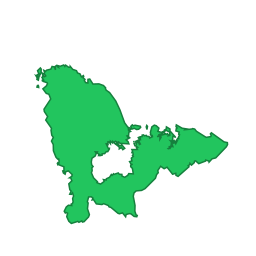 the district of Sorsogon, Sorsogon, Philippines, rotated 160°
{"feature_id": "2640588B8238689001419", "entity_name": "Sorsogon", "entity_type": "district", "adm_level": 2, "iso_a3": "PHL", "parent_name": "Philippines", "parent_adm1": "Sorsogon", "projection": "natural_earth1", "projection_center": [123.949, 12.823], "detail": "fine", "context": "isolated", "style": "filled", "palette": "green", "viewbox_px": 256, "rotation_deg": 160, "n_neighbors": 0, "source": "geoboundaries", "source_scale": "gbopen_adm2", "svg_char_len": 5890}
<svg xmlns="http://www.w3.org/2000/svg" viewBox="0 0 256 256"><g transform="rotate(160 128 128)"><path d="M39.6,80.3L42.5,82.1L51.3,95.0L52.6,94.3L52.4,92.6L53.2,91.6L57.8,92.5L64.8,101.5L65.7,104.2L67.6,105.4L68.3,105.2L75.3,107.0L74.7,107.4L73.1,106.5L71.4,106.1L77.2,109.3L81.5,114.4L82.4,112.9L81.8,111.2L82.7,111.1L84.0,108.9L81.3,106.7L82.5,104.8L81.9,104.0L84.0,101.8L84.0,100.7L85.1,101.1L87.4,99.2L88.6,99.5L88.1,98.1L86.9,98.4L88.5,96.9L88.5,98.1L89.8,98.1L88.9,100.5L90.5,100.8L91.2,98.5L92.1,98.5L92.2,95.1L93.6,95.9L96.1,94.0L95.6,95.1L97.1,94.7L97.3,94.9L95.2,95.4L95.4,96.3L94.3,96.0L92.9,97.8L92.0,100.2L92.5,101.4L91.8,100.9L90.0,101.8L88.7,104.8L87.1,103.9L86.7,102.7L86.6,103.4L89.6,111.0L88.9,112.7L91.5,115.9L92.5,113.9L94.5,113.6L95.0,112.2L93.1,112.8L90.2,109.9L91.3,106.7L93.0,107.0L92.3,107.8L92.9,109.2L93.9,108.8L95.4,110.7L95.3,109.5L99.9,109.9L100.1,107.9L101.9,106.5L100.8,109.3L103.6,110.0L101.7,110.1L101.2,111.7L101.0,110.3L99.9,111.2L99.3,110.3L98.0,111.4L97.3,110.8L95.8,112.7L98.1,112.5L101.1,114.6L99.0,117.3L100.7,120.5L102.3,121.7L105.2,120.9L108.5,116.2L109.0,112.6L108.6,112.1L108.8,113.1L108.1,112.5L107.7,113.3L108.0,111.4L111.0,111.2L111.1,112.8L113.1,113.7L113.3,114.8L115.4,115.1L115.7,116.2L117.1,116.5L117.7,115.1L119.6,115.6L120.3,112.7L121.5,112.9L122.3,111.3L121.9,108.7L122.9,108.6L122.7,109.8L123.9,111.2L123.0,113.0L125.3,112.8L125.6,110.0L127.0,108.6L125.6,106.7L126.7,106.8L126.5,104.6L131.7,106.4L131.6,104.9L132.7,103.6L131.9,103.4L132.2,101.2L133.2,100.7L132.7,99.5L135.2,98.5L135.6,95.7L138.0,95.9L137.4,92.5L136.0,92.5L138.2,92.1L138.7,90.7L137.7,88.6L138.7,83.1L142.9,84.9L144.4,83.6L147.9,82.8L150.1,84.9L149.6,86.5L152.0,87.5L152.5,89.1L157.1,89.2L157.3,89.9L159.2,88.9L159.6,90.0L162.2,88.0L165.7,87.7L166.3,86.6L168.7,87.9L168.5,86.2L169.3,85.7L173.0,84.7L175.9,87.3L175.1,88.0L177.4,92.9L177.7,98.4L176.3,100.1L175.5,103.0L174.0,103.7L174.7,105.9L174.1,108.6L172.2,111.9L168.4,112.9L166.5,115.0L166.9,116.8L164.9,116.0L165.7,115.3L164.5,113.6L165.0,112.4L163.1,113.0L164.1,112.1L164.0,111.6L161.6,111.3L161.1,112.6L158.7,111.9L156.5,113.2L155.1,112.7L152.7,114.6L152.5,115.1L153.4,114.9L153.9,120.6L153.0,120.4L152.6,118.5L151.7,121.8L150.7,121.6L149.9,119.2L149.0,121.7L147.6,119.3L146.9,120.6L145.8,118.2L145.4,119.6L144.3,119.9L142.5,117.8L141.6,118.2L140.7,116.3L132.6,112.8L132.6,115.2L133.8,117.5L129.7,118.2L130.3,119.4L131.2,119.1L131.7,120.9L130.0,120.8L128.6,123.8L126.9,123.9L128.3,125.6L128.0,126.8L127.1,125.1L125.5,126.6L127.9,128.9L129.4,134.0L129.4,147.7L130.3,157.6L133.1,167.4L135.6,171.1L135.6,173.5L136.1,173.5L135.4,173.7L136.5,176.3L140.2,179.4L145.9,181.3L147.2,187.1L149.0,187.4L150.3,184.0L152.3,185.1L152.8,187.5L151.8,188.4L153.1,190.6L152.0,191.5L152.0,192.5L154.3,192.0L154.6,195.3L156.6,197.0L156.8,199.5L159.9,202.0L161.2,205.7L161.5,204.9L163.0,205.4L165.1,208.4L166.3,207.4L166.8,209.2L170.6,209.2L172.7,210.7L172.6,208.7L172.8,208.9L172.9,208.5L173.0,208.4L172.8,209.1L173.7,211.2L175.3,210.8L176.3,207.4L176.4,210.7L178.3,211.8L180.4,209.7L184.7,210.2L186.0,209.5L187.3,210.9L187.4,208.6L188.3,207.9L187.5,205.6L188.2,205.4L187.9,205.3L187.7,205.0L187.7,204.9L189.4,204.8L189.6,206.2L191.6,204.9L190.8,201.8L191.4,200.5L188.6,198.3L188.5,197.2L190.3,195.5L194.6,193.9L193.0,188.5L190.8,186.8L190.7,181.7L200.5,174.4L201.0,172.1L199.6,166.2L202.6,163.6L200.0,153.9L201.1,152.2L202.1,147.3L201.4,144.7L204.4,141.9L203.9,138.0L205.9,132.1L205.7,125.3L204.8,123.0L204.4,122.5L204.3,122.9L203.7,122.7L204.1,120.4L205.8,117.3L201.5,113.5L202.7,109.9L204.0,110.0L204.1,107.8L202.9,106.1L202.1,107.2L202.8,108.2L198.7,108.1L196.4,103.4L197.2,101.9L199.9,101.2L198.9,100.8L198.8,97.6L202.7,95.8L203.8,89.9L203.0,88.2L205.4,85.7L203.8,85.0L202.3,86.0L202.4,82.7L204.2,80.6L204.8,77.5L206.1,76.0L207.4,75.9L207.4,74.4L210.4,75.8L213.0,74.9L216.4,71.6L216.0,69.6L215.2,69.9L213.9,68.6L215.9,65.6L215.5,60.6L213.9,57.7L207.1,57.4L206.4,56.2L203.2,56.5L203.0,55.2L201.3,55.0L195.5,57.9L193.9,59.8L193.7,66.0L191.1,71.2L191.5,72.5L188.6,76.7L186.0,75.9L184.9,74.1L186.3,72.7L184.9,72.5L183.7,67.5L178.7,65.0L176.7,65.2L173.0,61.9L172.8,60.4L171.2,59.2L166.6,51.3L165.4,50.3L162.2,50.1L160.6,45.4L159.3,47.4L156.1,47.1L154.6,46.3L152.5,42.8L150.1,41.6L149.2,42.7L150.1,43.5L150.0,47.5L147.9,52.8L146.4,62.0L144.6,64.9L141.8,66.1L136.6,64.7L132.7,65.2L119.4,71.4L117.0,74.5L114.9,75.6L114.6,77.8L110.4,80.9L108.0,77.4L104.7,77.8L101.9,69.3L98.6,69.1L99.1,67.1L97.5,65.4L84.0,70.7L84.3,72.1L82.7,72.3L81.9,73.6L81.0,71.4L77.5,72.8L76.8,74.1L75.7,74.0L73.7,70.3L66.5,70.4L66.0,71.3L63.3,69.3L63.5,68.2L59.5,70.3L55.8,69.9L42.0,76.7L40.1,78.4L39.6,80.3ZM118.4,123.2L115.9,124.2L115.8,125.4L120.4,128.2L122.3,128.3L122.9,129.5L124.8,128.6L124.7,125.6L122.2,125.6L120.4,123.6L118.4,123.2ZM195.1,207.0L193.1,207.2L193.5,208.8L192.8,209.6L191.9,208.5L190.9,209.3L189.4,213.1L189.8,214.4L193.4,212.8L193.3,209.3L195.5,208.9L195.1,207.0ZM140.3,109.4L138.0,110.0L139.7,114.6L140.7,113.7L142.6,115.2L143.7,114.8L142.7,112.7L143.3,111.4L140.9,111.8L140.3,109.4ZM195.9,203.6L194.4,206.1L195.5,206.3L195.9,207.7L196.6,208.5L196.2,206.2L197.0,204.8L195.9,203.6ZM199.6,197.6L198.1,196.6L198.0,197.0L198.1,197.3L197.7,197.8L197.8,198.8L198.6,198.9L199.6,197.6ZM144.3,115.7L142.6,116.4L142.8,117.2L143.9,116.5L143.9,117.7L145.3,117.6L144.3,115.7ZM109.5,124.0L110.5,122.8L110.7,120.1L109.1,122.9L109.5,124.0ZM206.5,117.6L205.4,118.1L205.9,119.3L206.5,118.9L206.5,117.6ZM189.9,207.4L189.0,207.6L189.6,208.6L189.9,207.4ZM127.6,111.3L127.6,110.4L127.0,111.3L127.6,111.3ZM127.2,113.0L126.5,113.2L127.7,113.3L127.2,113.0ZM121.2,113.8L120.4,113.2L120.4,113.3L120.9,113.9L121.3,114.8L121.5,114.9L121.2,113.8ZM192.0,202.3L191.5,201.8L191.6,202.4L192.0,202.3L192.0,202.3ZM192.1,201.3L191.5,200.9L191.8,201.6L192.1,201.3ZM121.2,115.6L121.0,115.4L121.0,116.1L121.2,115.6Z" fill="#22c55e" stroke="#15803d" stroke-width="1.5"/></g></svg>